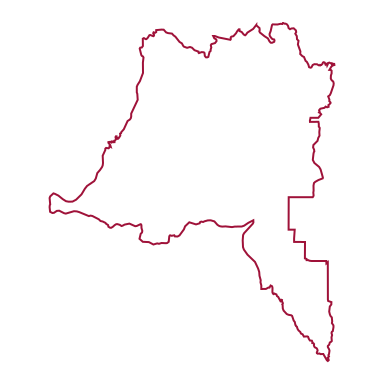 outline of Batang Hari, Jambi, Indonesia
{"feature_id": "22746128B80000441774097", "entity_name": "Batang Hari", "entity_type": "district", "adm_level": 2, "iso_a3": "IDN", "parent_name": "Indonesia", "parent_adm1": "Jambi", "projection": "robinson", "projection_center": [103.186, -1.853], "detail": "fine", "context": "isolated", "style": "outline", "palette": "rose", "viewbox_px": 384, "rotation_deg": 0, "n_neighbors": 0, "source": "geoboundaries", "source_scale": "gbopen_adm2", "svg_char_len": 5912}
<svg xmlns="http://www.w3.org/2000/svg" viewBox="0 0 384 384"><path d="M331.4,302.1L328.2,301.0L327.9,299.7L327.8,262.2L326.4,263.4L326.3,261.0L311.5,261.0L309.4,260.7L308.2,260.1L306.6,260.1L306.5,258.9L304.9,258.4L305.0,242.0L294.1,241.9L294.1,238.5L294.7,229.7L288.6,229.7L288.7,197.2L312.7,197.2L313.3,196.4L313.6,195.4L313.3,192.7L313.6,190.7L313.5,185.6L314.0,183.0L315.3,181.8L318.5,180.0L322.7,178.4L322.9,177.6L320.6,169.5L319.1,166.9L314.4,163.0L312.8,159.9L313.5,153.6L313.9,152.0L314.3,151.5L314.1,149.7L313.1,147.4L313.4,145.0L317.5,140.9L318.3,137.8L319.5,135.7L319.3,132.0L319.7,128.5L319.6,127.6L318.8,126.7L318.8,123.7L318.4,121.8L310.0,121.9L309.9,120.7L310.5,117.8L318.3,117.8L321.2,114.3L319.8,112.7L319.0,112.4L319.6,111.3L319.1,110.3L319.3,109.9L320.4,108.7L324.5,107.8L325.6,106.6L327.1,107.3L328.6,106.8L328.4,105.1L329.4,104.4L330.6,102.9L330.4,102.3L329.3,101.2L329.4,99.6L328.2,96.4L329.8,95.2L330.8,93.2L333.5,85.3L333.7,83.3L333.2,81.5L331.8,80.4L330.8,78.7L330.9,75.6L331.6,73.4L331.6,70.7L330.9,70.0L329.4,69.9L331.3,66.7L332.5,65.6L334.4,65.0L334.2,63.9L332.4,63.7L331.8,64.0L331.6,63.2L330.9,63.4L329.3,62.6L327.6,63.2L327.8,64.2L327.2,65.4L326.9,63.9L325.9,64.1L325.5,64.5L324.8,62.7L324.3,62.6L324.1,63.1L324.0,62.3L323.6,62.2L322.9,62.6L322.5,63.8L321.3,65.0L320.2,64.9L320.1,65.4L318.7,65.3L317.1,64.3L314.3,64.2L312.7,65.0L311.4,67.4L310.5,67.7L309.1,67.2L308.3,64.5L306.8,61.8L305.6,60.9L304.0,57.0L302.3,56.1L300.2,54.0L300.4,51.4L297.9,44.5L298.5,40.8L297.0,39.2L296.8,36.1L295.3,33.7L296.2,32.1L295.9,30.4L293.7,28.3L291.4,28.5L290.0,29.2L288.6,28.1L288.1,26.0L287.0,24.4L285.7,23.7L284.5,23.7L283.2,23.0L282.9,23.0L282.3,24.0L280.6,23.8L277.4,24.5L272.6,24.4L272.0,25.1L270.7,31.0L269.6,33.9L269.6,35.0L269.9,36.0L271.0,37.6L272.4,39.1L274.2,39.5L274.5,40.5L274.2,41.8L272.0,42.8L270.7,42.7L269.5,41.4L267.9,38.4L264.5,36.2L259.9,32.5L259.3,31.1L259.7,30.1L259.5,28.1L256.3,25.3L256.3,24.9L253.2,28.9L247.4,32.6L245.9,34.7L245.1,35.3L243.7,34.5L241.7,32.0L239.6,31.1L239.5,29.3L238.8,29.3L237.2,31.2L236.0,33.3L233.4,36.2L231.5,36.6L231.0,37.0L230.7,37.5L230.8,39.1L230.4,39.8L218.8,37.5L214.8,36.0L213.2,36.0L214.3,38.3L216.2,39.4L216.5,40.2L216.5,41.2L215.0,43.1L211.5,44.1L210.8,45.2L211.3,47.5L210.7,49.4L210.6,51.0L209.5,52.0L208.3,56.9L207.1,57.4L205.9,57.3L204.8,55.9L204.5,53.0L203.8,52.3L201.7,52.1L198.9,53.1L198.5,52.6L198.5,51.6L194.5,50.2L192.0,47.7L190.0,47.0L187.1,47.8L184.0,46.7L183.3,46.0L181.9,43.4L179.5,41.9L175.4,36.7L173.5,35.3L172.0,33.6L168.0,33.1L166.1,32.4L163.7,29.7L161.5,29.6L156.2,30.1L156.2,32.1L155.1,32.8L153.6,32.3L153.2,33.2L154.1,35.0L153.9,35.8L153.3,36.2L150.2,35.0L149.4,35.2L147.6,38.0L146.4,39.1L145.6,39.1L143.9,38.1L142.8,38.7L142.9,46.0L141.8,47.5L140.2,47.7L139.7,48.6L141.3,55.0L141.9,55.9L143.0,56.5L143.5,57.5L142.9,62.6L143.0,73.0L139.9,81.2L137.6,84.8L136.8,86.7L136.8,92.4L137.3,93.8L137.7,99.8L131.2,113.6L131.2,116.5L130.8,118.2L129.9,119.5L127.6,121.0L123.8,129.3L121.3,132.1L121.1,133.1L120.1,133.6L120.3,135.6L118.9,137.9L117.8,138.9L117.5,138.8L117.3,137.7L116.5,137.5L116.5,136.3L115.9,136.3L115.5,137.1L116.0,139.3L114.6,140.9L114.5,142.1L114.2,142.1L113.7,141.3L112.9,142.2L112.0,141.4L111.2,142.5L110.4,141.8L108.4,142.1L108.4,142.8L110.2,145.0L110.7,146.7L109.6,146.0L109.3,147.6L108.6,148.3L106.1,147.9L105.3,148.7L105.3,150.0L102.7,155.7L103.0,163.0L102.7,165.4L102.0,167.1L100.0,170.0L97.3,173.1L95.8,178.5L94.2,181.1L87.1,185.9L84.9,188.7L81.5,194.4L76.1,199.7L72.5,201.6L68.7,201.7L66.0,201.2L62.7,199.1L58.4,195.6L54.8,193.8L53.4,193.4L50.2,196.4L49.6,198.0L50.2,204.5L49.8,205.1L49.6,207.1L50.1,211.8L52.4,213.0L54.0,212.8L56.8,210.9L59.2,210.7L64.1,213.2L65.8,213.6L74.0,211.2L76.8,211.4L79.2,212.1L88.9,216.1L90.5,215.6L92.4,216.0L98.8,219.3L100.5,221.0L102.7,221.5L105.5,222.9L106.0,223.7L108.1,225.1L108.4,226.7L110.0,227.7L111.1,227.8L112.7,226.9L114.7,225.1L116.2,224.2L117.3,224.1L119.7,224.8L121.5,226.0L122.6,225.7L124.6,224.6L129.4,223.6L135.2,226.2L136.7,226.0L140.5,224.2L141.1,224.4L141.4,225.2L141.5,228.0L142.3,230.9L142.0,232.5L140.7,233.8L139.5,238.8L142.8,241.8L148.9,242.1L153.4,244.5L157.2,243.4L159.0,243.8L161.5,243.0L166.2,243.2L167.2,243.0L168.7,241.8L169.3,236.2L170.1,235.3L171.6,235.8L174.3,235.3L174.9,236.4L177.6,236.5L179.5,235.4L183.9,229.4L185.1,226.3L189.3,222.3L196.0,224.4L199.7,223.3L200.0,222.2L201.2,221.6L203.1,222.0L204.5,221.3L207.8,220.4L210.7,220.3L214.4,221.4L217.4,224.8L218.9,225.8L220.2,226.3L222.2,226.6L225.5,226.4L232.0,227.1L234.8,226.6L241.8,226.5L244.1,225.7L248.4,222.8L253.3,220.3L253.4,222.4L252.8,223.7L244.0,233.3L243.1,235.1L242.7,240.3L243.0,247.1L243.9,249.6L247.5,254.7L255.0,261.9L258.1,268.5L259.2,271.9L259.5,275.8L260.7,280.2L260.5,282.3L261.3,285.4L261.3,289.0L266.0,288.9L268.5,287.5L269.5,287.6L270.6,285.5L272.1,286.3L272.5,287.9L272.4,292.1L272.9,293.6L273.7,294.1L274.2,293.5L276.4,294.4L277.0,296.1L278.2,296.9L280.6,301.4L280.9,301.4L281.4,299.8L282.0,300.0L281.9,301.0L282.9,303.2L282.3,304.4L282.6,304.7L282.8,308.5L283.6,310.6L286.7,314.0L288.5,314.8L291.3,315.3L292.1,315.9L293.7,320.6L294.8,322.0L295.4,325.0L295.8,325.3L296.1,326.2L296.9,326.7L297.5,328.8L298.5,330.4L300.3,332.0L300.9,333.5L302.6,334.3L303.9,336.6L307.2,336.4L308.1,336.8L308.7,338.6L309.9,340.5L311.9,340.7L312.3,341.7L312.3,343.1L313.4,343.2L314.1,344.1L313.9,345.4L314.3,346.6L314.8,347.3L316.6,348.2L317.3,349.3L317.6,350.6L316.8,352.4L316.9,353.2L317.7,353.7L319.6,353.5L320.4,354.1L323.3,354.0L326.9,360.3L327.8,361.0L328.7,360.2L328.6,359.4L327.8,357.6L329.0,356.5L328.4,355.1L329.0,354.1L329.5,350.7L329.1,349.3L327.9,347.2L327.8,346.5L327.9,345.9L329.2,344.7L329.8,342.5L331.2,341.7L331.8,341.0L331.5,337.3L332.1,335.1L331.5,333.0L331.9,331.8L332.8,331.1L333.5,327.0L333.4,325.3L331.9,323.1L332.2,321.4L331.8,317.4L330.6,316.1L329.9,314.5L329.2,311.6L329.8,306.5L331.3,304.5L331.4,302.1Z" fill="none" stroke="#9f1239" stroke-width="2"/></svg>